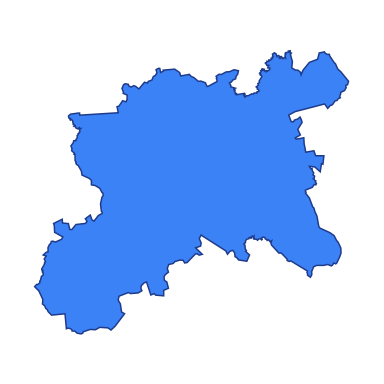 the district of Kalvenes pag., Aizputes, Latvia, rotated 177°
{"feature_id": "27541924B69386749223105", "entity_name": "Kalvenes pag.", "entity_type": "district", "adm_level": 2, "iso_a3": "LVA", "parent_name": "Latvia", "parent_adm1": "Aizputes", "projection": "mercator", "projection_center": [21.699, 56.611], "detail": "fine", "context": "isolated", "style": "filled", "palette": "blue", "viewbox_px": 384, "rotation_deg": 177, "n_neighbors": 0, "source": "geoboundaries", "source_scale": "gbopen_adm2", "svg_char_len": 5995}
<svg xmlns="http://www.w3.org/2000/svg" viewBox="0 0 384 384"><g transform="rotate(177 192 192)"><path d="M173.0,300.5L177.4,302.3L179.9,302.2L184.2,306.2L186.8,307.5L188.5,309.6L197.2,308.5L198.1,311.9L202.8,315.6L214.4,315.2L214.2,314.2L217.1,313.0L217.7,317.1L218.8,317.3L221.5,316.1L220.8,312.8L222.4,310.4L224.5,309.4L226.2,305.9L229.9,304.7L230.9,303.1L233.7,304.1L239.6,297.7L242.8,300.5L244.7,301.2L247.3,300.0L249.5,301.1L250.0,302.9L253.1,303.6L254.7,302.8L256.5,299.1L255.2,295.2L255.6,294.1L251.7,292.2L252.0,287.8L253.2,285.5L256.5,286.8L260.5,281.5L262.4,281.2L261.5,275.0L300.1,274.6L300.1,276.7L301.4,276.8L309.2,276.1L311.3,274.5L311.4,273.7L310.9,272.1L309.7,271.8L310.1,271.0L309.7,270.1L308.6,270.7L307.4,269.4L307.3,267.1L306.7,266.5L307.1,265.6L305.4,264.6L306.3,263.7L305.2,263.6L304.5,261.9L303.1,261.2L302.0,260.9L302.2,261.5L301.1,262.1L300.9,261.2L300.0,261.2L301.0,260.5L300.7,258.5L301.5,257.6L301.3,257.0L302.8,256.1L302.7,255.2L303.8,254.3L303.6,252.6L305.2,250.3L305.2,249.4L307.5,249.3L308.0,247.4L310.5,244.3L309.6,241.6L310.0,239.5L307.5,237.0L307.9,235.9L306.9,235.7L307.1,229.4L306.2,227.9L306.5,227.6L306.1,225.8L304.2,224.3L301.4,218.8L301.0,214.7L293.8,210.9L291.8,208.8L292.1,204.4L288.3,203.5L283.9,200.5L281.9,196.2L281.1,195.7L280.9,192.9L282.2,191.5L284.0,184.8L283.5,177.5L282.7,176.6L282.9,175.3L286.8,173.4L291.3,168.1L293.4,169.5L294.8,174.3L299.9,170.9L298.4,168.2L300.0,166.2L309.6,165.6L314.0,160.8L316.0,160.9L317.1,166.9L322.9,167.8L323.0,171.6L331.9,167.8L331.3,166.0L331.3,158.9L323.4,154.0L324.7,151.6L330.9,149.2L333.6,150.2L335.1,150.0L335.7,148.1L337.1,147.0L338.7,144.1L338.9,139.7L340.6,139.5L343.9,136.9L341.0,135.7L343.1,132.8L342.0,130.2L343.1,128.8L342.8,128.2L346.1,123.0L346.1,122.1L345.5,121.7L345.6,121.1L345.0,121.0L345.5,120.3L345.4,119.2L344.7,118.7L345.0,116.8L346.8,115.6L347.9,111.9L348.7,110.9L348.6,109.5L350.6,107.8L352.0,107.8L354.1,105.7L350.1,101.2L346.9,93.3L346.6,92.0L347.2,88.0L345.1,86.1L344.1,83.3L342.6,82.1L342.0,80.1L338.7,76.4L325.2,77.0L324.6,62.0L322.9,62.6L320.2,61.7L319.2,60.6L319.0,59.4L316.4,59.3L314.1,57.0L310.2,56.1L308.5,56.7L308.0,58.1L300.7,60.1L295.6,59.5L291.2,61.7L283.0,60.7L280.1,58.4L275.8,62.0L265.7,74.0L268.6,75.8L269.4,84.0L271.4,87.9L270.3,91.8L260.8,94.9L258.6,93.8L251.1,94.0L247.2,96.0L248.1,98.5L247.6,101.0L244.7,103.7L242.1,104.5L238.5,91.3L235.0,92.5L233.7,90.9L225.7,89.8L225.4,95.3L220.6,97.1L221.9,103.6L224.1,105.1L224.4,108.4L223.2,110.7L219.7,113.2L220.7,116.9L219.1,120.8L214.6,121.6L212.6,123.5L207.7,124.6L204.5,124.3L203.0,121.5L200.6,121.8L191.8,130.0L190.2,130.0L188.1,128.6L185.0,129.2L191.3,136.1L186.3,137.5L185.5,140.6L187.2,145.2L185.2,148.5L161.4,131.5L159.8,128.0L157.2,130.8L154.4,131.6L152.6,129.0L152.4,125.1L151.0,124.4L149.0,121.7L140.9,120.0L137.8,126.1L141.5,129.8L140.7,130.5L141.8,132.6L141.9,136.2L142.7,136.5L142.7,137.8L141.3,138.5L141.1,140.3L140.0,141.9L137.6,142.4L137.7,143.1L136.1,143.9L135.2,143.8L135.6,142.9L135.1,142.9L134.1,144.9L133.0,144.5L133.0,143.6L132.4,144.4L132.5,141.7L130.3,141.5L129.0,140.4L127.8,141.7L126.0,141.6L124.9,140.5L124.4,140.9L125.0,142.4L123.2,143.3L121.8,142.8L121.2,141.2L119.7,140.7L119.5,139.7L118.0,140.2L116.5,138.1L115.0,139.1L115.8,136.6L115.4,134.9L108.4,126.4L106.0,126.3L100.5,120.0L100.6,118.6L98.4,117.5L97.1,118.1L80.9,107.1L81.4,105.4L80.8,104.3L81.0,102.9L78.3,100.7L77.2,102.2L76.6,103.7L76.7,106.1L74.5,110.9L71.5,112.2L64.5,111.8L60.3,112.5L56.7,110.9L55.4,111.7L54.2,113.7L52.2,112.7L51.1,113.6L47.8,119.7L46.4,123.2L46.3,128.2L48.7,134.2L50.2,136.1L52.4,141.0L56.3,144.1L66.2,149.3L67.2,151.1L68.5,161.4L70.3,166.0L71.1,169.7L72.2,170.7L75.1,179.9L78.7,184.9L78.1,185.7L78.8,187.1L78.5,188.0L71.7,190.3L69.6,193.0L67.9,192.7L67.3,194.1L68.2,195.0L67.8,196.6L68.8,197.0L69.3,198.5L70.2,198.9L69.3,199.6L68.7,201.4L70.2,202.7L69.5,204.7L70.7,206.8L70.9,209.1L72.0,208.8L73.4,211.5L68.1,210.6L62.9,205.5L61.2,213.6L59.8,212.9L58.4,221.3L66.6,221.7L68.1,226.8L76.3,225.8L77.5,234.4L77.5,240.3L85.2,239.3L86.1,240.6L80.8,243.3L83.1,249.0L78.4,255.8L79.1,258.6L80.2,261.2L82.5,259.4L86.1,258.4L86.8,256.9L89.2,257.0L91.4,263.8L84.7,266.9L54.9,273.0L52.1,268.4L49.0,271.5L47.8,271.4L46.6,272.5L44.5,275.4L42.4,275.8L41.1,277.5L38.9,278.4L39.6,279.9L38.5,281.8L38.3,283.7L34.4,285.3L32.5,288.2L32.9,288.7L32.8,290.5L31.1,290.9L29.9,294.4L37.2,304.4L40.1,307.3L42.0,312.5L43.3,313.8L47.2,320.4L47.7,322.3L49.7,322.3L51.6,323.5L52.4,325.0L57.7,324.2L59.6,318.0L68.0,315.3L74.8,307.8L76.9,303.3L77.4,305.9L80.0,308.2L82.3,308.3L85.9,310.7L84.9,316.9L86.5,324.1L85.5,325.5L87.7,326.4L86.7,326.8L86.5,327.9L88.4,327.7L88.2,326.7L91.3,326.2L91.7,325.4L91.1,324.7L92.0,323.9L91.6,320.9L92.5,321.7L94.1,320.3L95.6,322.6L96.5,322.3L95.6,321.3L97.2,320.7L98.0,321.6L97.0,322.7L98.7,323.8L100.0,322.8L100.8,325.6L102.5,326.7L104.3,325.5L103.9,325.2L104.3,324.0L103.8,322.8L104.8,322.5L104.8,321.2L106.0,321.3L105.8,320.3L106.5,319.6L108.3,319.9L108.3,318.5L110.4,318.6L110.2,317.8L112.6,316.7L111.7,316.8L110.6,314.5L109.0,314.4L109.6,314.0L109.3,313.4L109.9,312.0L107.7,311.6L108.2,310.0L111.3,308.3L111.1,309.3L113.3,309.0L113.6,309.9L113.3,310.7L115.5,311.4L116.0,310.6L115.1,309.9L116.9,309.6L116.5,308.8L118.3,307.1L117.1,306.1L117.9,305.5L116.3,304.2L116.3,303.4L119.2,299.2L118.8,298.2L119.2,297.5L120.6,296.9L120.1,295.2L122.4,293.6L121.2,292.7L121.5,291.5L120.1,290.4L119.8,289.1L122.1,288.4L122.0,287.5L124.8,287.6L125.7,286.5L127.2,286.9L130.5,285.3L133.0,285.1L134.1,284.0L134.4,284.3L133.8,285.1L134.7,285.0L135.2,286.0L133.9,286.9L134.4,287.8L142.6,286.8L142.4,287.8L143.6,288.0L143.2,288.7L144.3,290.3L143.6,291.5L144.9,292.0L144.7,292.8L143.3,293.4L147.8,295.0L147.7,296.7L148.8,298.5L148.9,299.1L147.0,299.7L145.2,301.8L142.5,302.7L141.9,305.2L140.2,307.3L139.3,310.7L143.6,311.9L148.0,310.2L151.7,310.1L156.6,307.8L158.7,308.2L161.9,306.3L161.2,304.6L161.7,304.1L161.1,301.6L161.4,300.9L170.8,296.5L171.4,296.6L173.0,300.5Z" fill="#3b82f6" stroke="#1e3a8a" stroke-width="1.5"/></g></svg>